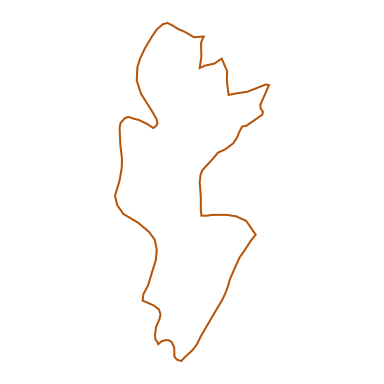 outline of Al-Adhamiya, Diyala, Iraq
{"feature_id": "34846034B20026231535079", "entity_name": "Al-Adhamiya", "entity_type": "district", "adm_level": 2, "iso_a3": "IRQ", "parent_name": "Iraq", "parent_adm1": "Diyala", "projection": "equal_earth", "projection_center": [44.388, 33.48], "detail": "fine", "context": "isolated", "style": "outline", "palette": "amber", "viewbox_px": 384, "rotation_deg": 0, "n_neighbors": 0, "source": "geoboundaries", "source_scale": "gbopen_adm2", "svg_char_len": 1723}
<svg xmlns="http://www.w3.org/2000/svg" viewBox="0 0 384 384"><path d="M203.7,36.5L193.9,37.2L184.5,31.7L178.5,29.2L172.1,25.2L167.5,23.0L163.5,24.0L162.7,24.3L157.0,29.2L152.1,36.3L144.8,48.5L140.1,58.5L137.4,67.1L136.7,80.5L141.1,93.9L148.8,106.1L151.3,110.0L156.5,119.0L157.5,123.5L155.7,126.3L153.2,128.0L146.9,123.8L138.9,120.0L133.5,118.6L128.3,116.9L124.9,118.1L120.5,123.1L119.6,128.1L120.3,144.2L122.0,159.1L121.7,168.1L119.6,180.4L116.4,191.0L115.0,195.7L117.2,205.1L123.4,214.0L138.1,222.7L149.3,232.2L154.8,239.9L156.8,249.8L155.9,259.8L152.2,271.7L148.1,285.3L147.9,285.6L143.3,294.4L142.6,300.7L146.7,302.3L153.8,305.5L159.0,309.5L160.5,314.5L159.5,319.1L156.1,326.8L155.0,335.0L155.4,339.5L157.3,341.9L158.2,344.2L161.1,341.7L162.5,340.9L165.6,340.2L168.7,340.2L171.6,342.0L174.2,347.4L174.3,350.1L174.4,356.6L177.0,359.7L181.2,361.0L185.5,356.6L192.5,350.1L196.7,344.7L200.6,336.8L201.0,336.0L212.7,315.9L222.5,299.4L225.4,293.1L228.3,285.3L229.7,279.9L230.9,277.1L233.7,270.6L239.6,257.4L243.9,251.4L250.9,240.6L255.7,234.7L246.2,220.9L238.3,217.3L236.6,216.4L226.9,214.9L220.1,214.9L211.6,214.9L207.6,215.7L201.4,215.7L200.8,209.6L200.8,202.9L200.8,196.8L200.2,188.5L199.7,182.5L200.5,174.9L201.3,172.9L202.2,170.4L212.8,158.8L218.0,152.6L225.2,149.4L230.2,145.6L233.2,143.3L236.0,139.1L237.1,137.5L239.4,131.7L240.1,130.4L242.1,126.5L246.0,125.9L250.1,123.2L257.3,118.2L262.3,114.7L263.0,111.9L260.7,108.6L260.3,104.9L269.0,85.1L265.8,84.5L247.2,91.8L238.1,93.1L232.7,94.1L228.6,94.9L227.1,83.0L226.9,77.1L227.2,71.4L221.7,58.6L218.2,61.0L214.6,63.5L209.8,64.6L205.2,65.6L199.7,68.0L201.3,57.1L201.3,53.7L201.1,47.1L201.1,43.4L201.1,42.5L203.7,36.5Z" fill="none" stroke="#b45309" stroke-width="2"/></svg>